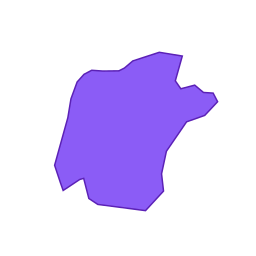 Warrington, Robinson projection, rotated 132°
{"feature_id": "GBR-2774", "entity_name": "Warrington", "entity_type": "Unitary Authority", "adm_level": 1, "iso_a3": "GBR", "parent_name": "United Kingdom", "parent_adm1": "", "projection": "robinson", "projection_center": [-2.569, 53.387], "detail": "fine", "context": "isolated", "style": "filled", "palette": "violet", "viewbox_px": 256, "rotation_deg": 132, "n_neighbors": 0, "source": "natural_earth", "source_scale": "10m", "svg_char_len": 518}
<svg xmlns="http://www.w3.org/2000/svg" viewBox="0 0 256 256"><g transform="rotate(132 128 128)"><path d="M48.5,79.0L67.3,79.4L84.2,88.6L119.6,83.9L139.6,72.4L151.1,59.4L177.7,59.7L205.0,99.3L206.6,109.9L195.1,127.2L198.5,129.4L217.8,134.4L214.0,141.4L204.8,157.6L160.6,179.6L144.5,189.9L127.8,196.6L117.5,196.6L109.4,193.6L102.5,184.8L91.6,173.0L85.9,170.8L74.9,169.3L50.8,155.4L38.2,135.8L61.3,124.4L63.5,115.0L51.5,107.1L51.1,95.7L45.1,88.1L48.5,79.0Z" fill="#8b5cf6" stroke="#5b21b6" stroke-width="1.5"/></g></svg>